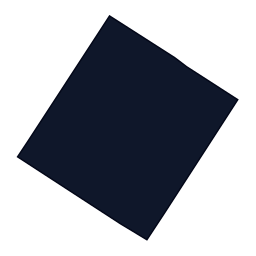 the district of Lincoln, Wisconsin, United States of America, rotated 123°
{"feature_id": "52423323B27188266826921", "entity_name": "Lincoln", "entity_type": "district", "adm_level": 2, "iso_a3": "USA", "parent_name": "United States of America", "parent_adm1": "Wisconsin", "projection": "equal_earth", "projection_center": [-89.718, 45.337], "detail": "fine", "context": "isolated", "style": "filled", "palette": "ink", "viewbox_px": 256, "rotation_deg": 123, "n_neighbors": 0, "source": "geoboundaries", "source_scale": "gbopen_adm2", "svg_char_len": 306}
<svg xmlns="http://www.w3.org/2000/svg" viewBox="0 0 256 256"><g transform="rotate(123 128 128)"><path d="M212.3,204.9L212.4,82.3L211.4,51.3L178.8,51.1L44.5,51.4L44.7,112.3L43.6,126.9L44.1,204.5L65.7,204.5L130.4,204.6L194.3,204.7L212.3,204.9Z" fill="#0f172a" stroke="#020617" stroke-width="1.5"/></g></svg>